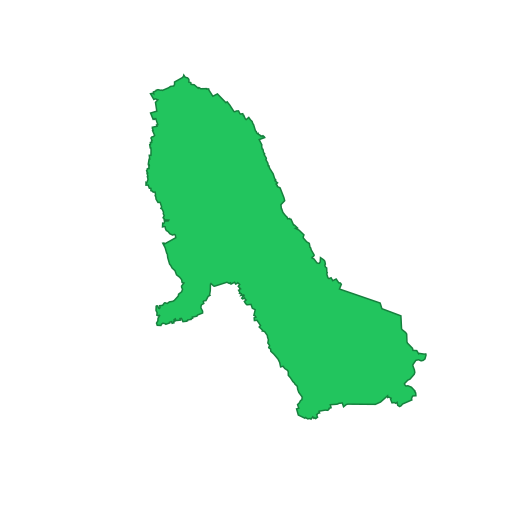 Song Phi Nong, Suphan Buri, Thailand, rotated 247°
{"feature_id": "78962969B33377664551397", "entity_name": "Song Phi Nong", "entity_type": "district", "adm_level": 2, "iso_a3": "THA", "parent_name": "Thailand", "parent_adm1": "Suphan Buri", "projection": "orthographic", "projection_center": [99.994, 14.203], "detail": "fine", "context": "isolated", "style": "filled", "palette": "green", "viewbox_px": 512, "rotation_deg": 247, "n_neighbors": 0, "source": "geoboundaries", "source_scale": "gbopen_adm2", "svg_char_len": 6095}
<svg xmlns="http://www.w3.org/2000/svg" viewBox="0 0 512 512"><g transform="rotate(247 256 256)"><path d="M429.4,275.9L431.5,270.6L433.4,269.2L433.0,268.4L437.8,266.0L439.3,263.3L441.1,263.7L442.4,262.1L444.2,263.1L445.3,263.1L446.7,262.6L448.2,260.7L450.7,260.2L449.8,259.5L449.0,258.1L448.0,249.0L445.8,248.1L444.6,246.7L445.5,243.6L445.0,241.4L445.0,234.5L445.5,234.2L445.8,233.0L447.4,230.8L447.6,228.8L447.0,228.2L447.1,225.7L445.3,225.2L446.1,224.8L446.6,222.3L440.0,223.1L440.1,224.6L438.1,226.7L436.7,223.5L428.1,221.3L428.8,214.8L422.1,214.7L422.2,215.7L421.5,215.7L421.6,217.4L415.3,216.9L415.5,215.7L414.1,215.6L415.0,210.9L414.2,210.8L414.1,210.5L411.8,210.4L411.8,209.8L406.6,209.8L406.0,208.2L406.3,206.7L405.6,205.4L402.9,205.4L402.7,204.7L401.3,204.3L401.7,203.1L399.8,202.4L400.0,201.7L396.9,200.9L396.8,201.4L394.8,200.9L389.7,198.6L390.4,197.1L386.7,196.0L386.9,195.4L382.6,192.7L382.0,192.6L381.8,193.3L380.8,193.1L380.8,192.6L378.4,191.7L378.8,191.1L378.6,189.9L378.1,189.9L377.3,188.6L374.7,188.7L374.8,188.0L372.0,187.7L371.3,187.4L371.4,187.0L368.8,186.6L366.0,184.0L366.7,183.5L364.2,182.4L363.4,184.4L360.1,184.3L359.3,185.7L357.2,184.8L356.3,185.8L355.0,186.3L354.2,188.1L351.5,187.4L351.1,186.8L349.2,186.8L347.5,186.2L343.6,186.7L342.8,188.7L338.0,188.3L337.0,187.0L335.9,187.9L332.5,188.0L331.1,187.1L329.0,187.3L327.5,185.4L326.3,186.1L325.2,185.5L323.1,189.7L322.6,188.9L323.8,185.5L322.2,184.2L322.1,183.4L322.6,182.9L319.3,181.3L318.9,183.2L318.4,183.8L316.5,183.3L314.5,183.4L312.9,184.6L310.1,185.4L307.9,187.4L307.7,189.4L306.7,189.9L304.2,189.3L302.8,176.4L303.9,176.4L304.2,175.2L299.1,175.6L293.6,174.9L292.3,175.1L289.0,174.1L282.3,173.3L280.7,173.8L277.6,174.1L274.2,175.7L269.7,175.5L266.2,177.5L263.2,178.3L260.5,177.6L259.3,179.1L257.4,175.7L256.2,175.3L254.2,175.4L252.1,173.6L251.1,169.8L249.5,168.8L247.0,163.4L246.8,161.7L247.6,158.4L247.0,155.7L248.4,154.1L248.6,153.4L247.1,150.7L247.9,148.0L245.9,147.4L245.4,146.6L245.9,146.0L248.4,146.0L248.9,145.3L248.8,144.5L245.0,142.7L242.5,142.8L240.2,141.6L239.5,142.2L239.2,143.9L238.7,144.0L237.0,141.5L234.6,140.3L233.1,138.2L230.8,138.0L229.2,141.3L230.3,142.7L230.5,144.1L229.1,146.0L228.4,146.3L228.1,150.5L228.8,150.6L228.7,151.8L228.6,152.5L226.8,152.5L226.6,154.4L228.0,154.5L227.8,155.9L229.5,155.8L229.7,157.2L227.9,157.0L227.4,158.5L226.5,161.3L228.1,161.6L227.7,163.0L224.1,163.1L223.1,166.5L223.4,166.7L223.1,167.7L223.8,168.2L223.0,171.4L223.4,171.5L223.5,173.4L224.6,173.5L223.7,178.1L224.5,179.1L224.4,184.6L226.1,185.3L229.8,185.0L231.6,186.0L232.4,186.8L232.7,189.4L234.7,189.6L235.0,190.6L234.5,192.5L237.5,196.1L237.8,198.3L238.4,198.1L242.0,200.4L246.9,202.6L248.1,203.3L248.3,203.8L244.9,205.3L244.4,206.0L243.2,219.0L241.2,220.7L241.3,222.0L239.9,222.0L240.2,226.0L238.1,226.3L238.1,227.8L238.6,228.8L236.2,229.9L235.0,227.8L231.9,228.9L232.0,228.1L231.3,227.8L231.3,226.6L228.4,226.9L228.0,226.3L227.0,227.8L226.1,227.5L225.6,226.7L225.0,229.5L224.0,229.5L223.8,228.0L222.7,226.4L221.6,227.0L221.9,229.1L220.0,229.2L219.3,229.7L218.7,227.5L216.1,227.9L214.6,228.6L213.4,232.5L209.4,232.2L206.9,234.3L202.2,230.9L201.8,231.5L199.8,232.0L199.8,230.1L197.2,229.3L196.4,231.8L190.2,233.0L189.4,231.2L185.9,232.7L184.5,233.0L184.4,232.7L183.1,234.4L178.3,235.4L176.9,234.9L174.1,234.7L171.3,232.9L168.5,233.5L167.8,233.3L167.0,232.0L166.5,231.9L164.7,233.1L162.5,232.4L158.7,234.1L152.5,236.0L148.7,236.2L144.3,235.3L143.9,237.8L141.2,238.5L138.5,240.3L137.0,240.5L133.5,239.1L130.5,240.1L125.9,240.9L124.3,241.7L123.1,241.7L119.9,243.1L117.1,242.3L113.7,242.1L108.2,243.4L105.8,242.1L105.5,240.5L103.8,238.4L103.0,236.2L99.2,235.9L99.4,233.6L93.1,232.8L87.6,237.6L88.0,238.5L85.9,239.9L85.3,242.2L84.3,242.9L85.7,245.4L83.9,245.9L84.1,246.9L83.0,247.4L83.6,249.7L84.9,249.6L85.8,250.1L86.3,249.9L86.9,251.7L86.7,253.2L87.9,253.1L88.5,253.4L87.1,259.5L85.9,261.8L86.5,263.4L87.2,263.7L87.0,265.8L90.1,266.3L88.2,271.8L87.8,273.4L88.0,274.6L87.0,278.0L83.0,277.7L84.0,281.1L83.8,282.6L72.8,307.9L72.9,313.6L75.9,322.5L74.3,322.0L74.3,323.0L72.3,324.8L71.5,323.9L67.7,323.8L67.0,326.1L65.8,327.1L66.2,328.7L63.2,328.1L61.3,329.4L61.5,331.2L62.5,333.0L62.6,343.2L63.7,343.3L65.3,344.7L65.9,345.7L64.9,348.6L67.6,349.5L69.2,349.1L69.5,349.6L74.5,347.8L77.2,345.1L77.7,343.2L79.5,342.6L80.5,342.8L82.4,347.2L82.5,349.7L85.3,355.4L86.8,356.7L89.3,357.3L93.6,357.5L94.6,357.9L97.5,362.4L97.0,365.1L95.0,367.0L94.6,369.0L95.2,371.3L98.4,373.8L99.5,374.0L99.9,372.6L102.6,368.2L102.4,367.5L106.1,367.0L107.8,363.6L109.9,364.0L116.6,361.4L118.0,361.4L125.3,364.2L127.2,363.8L131.3,361.6L132.3,361.6L144.3,366.0L158.3,351.3L164.2,351.9L193.0,319.9L196.6,323.5L198.2,323.1L199.0,321.7L203.5,320.8L203.3,317.0L206.6,316.6L206.7,314.3L207.8,313.7L211.9,314.1L212.8,315.1L213.8,315.0L217.4,316.4L218.7,315.6L220.8,315.8L221.4,316.7L224.4,317.3L226.0,316.8L229.3,314.7L225.5,312.8L224.5,311.4L224.9,310.5L225.8,309.4L230.7,308.2L232.2,306.8L232.9,307.1L233.2,308.7L233.9,309.8L234.5,309.9L239.9,309.2L242.2,309.5L242.9,309.1L246.8,310.0L249.2,308.2L254.1,306.6L255.1,306.9L256.7,308.4L262.8,305.8L266.0,303.2L265.7,305.1L269.6,303.4L269.8,302.7L276.1,302.6L276.7,301.6L277.4,301.6L277.9,299.6L279.6,299.8L281.6,298.9L285.7,297.8L289.3,298.1L289.5,297.8L293.5,299.0L295.7,304.0L298.9,304.5L309.3,304.8L311.6,302.8L312.7,303.1L314.4,302.6L314.9,304.4L317.8,302.9L318.2,303.9L320.0,303.4L324.9,303.9L331.5,302.8L334.0,303.1L334.2,302.5L336.9,303.2L340.9,302.7L341.4,303.5L342.4,303.7L346.1,303.1L346.6,303.9L348.4,303.4L351.5,304.1L352.0,303.5L355.2,304.2L355.9,304.8L361.9,304.4L361.6,310.3L362.4,310.2L364.0,309.4L363.7,308.3L364.3,308.2L364.7,307.1L365.4,307.1L367.3,305.6L368.1,305.9L368.3,305.1L369.1,304.7L370.5,304.9L371.4,304.4L377.9,305.1L379.2,304.8L381.4,305.0L383.5,304.1L386.4,303.5L385.4,300.2L386.7,299.7L390.1,299.7L390.1,299.3L392.2,299.4L392.7,297.3L393.4,296.8L396.4,296.6L397.1,294.8L397.1,292.9L397.6,292.1L405.2,290.8L409.2,289.7L408.9,288.2L420.3,283.8L419.9,278.7L426.9,277.5L428.3,277.7L429.0,275.8L429.4,275.9Z" fill="#22c55e" stroke="#15803d" stroke-width="1.5"/></g></svg>